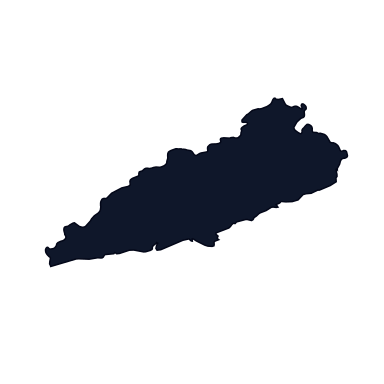 Asturias, Natural Earth projection, rotated 159°
{"feature_id": "ESP-5805", "entity_name": "Asturias", "entity_type": "Autonomous Community", "adm_level": 1, "iso_a3": "ESP", "parent_name": "Spain", "parent_adm1": "", "projection": "natural_earth1", "projection_center": [-6.051, 43.278], "detail": "fine", "context": "isolated", "style": "filled", "palette": "ink", "viewbox_px": 384, "rotation_deg": 159, "n_neighbors": 0, "source": "natural_earth", "source_scale": "10m", "svg_char_len": 4683}
<svg xmlns="http://www.w3.org/2000/svg" viewBox="0 0 384 384"><g transform="rotate(159 192 192)"><path d="M48.3,160.9L48.5,161.6L49.3,161.6L50.0,159.2L50.3,156.7L51.0,154.6L52.6,153.5L53.7,149.9L60.6,148.5L72.3,148.1L74.1,148.7L81.2,148.1L86.1,149.5L89.2,149.8L95.8,146.6L101.9,147.1L108.0,149.2L112.3,151.3L113.6,150.5L114.9,150.2L118.0,150.2L117.7,149.5L117.4,147.8L117.2,147.1L118.9,147.4L121.7,148.9L123.4,149.3L129.5,148.1L135.7,148.1L137.4,147.8L140.5,146.5L143.4,145.8L144.1,145.0L145.0,144.3L146.6,144.0L150.4,146.6L151.9,147.1L161.2,148.1L163.0,147.1L164.9,148.0L166.7,147.2L168.5,146.0L170.4,145.2L184.2,145.2L184.8,143.8L184.1,142.7L183.5,141.5L185.0,139.9L184.8,139.4L184.5,138.3L184.2,137.9L188.1,137.9L189.5,137.2L190.0,135.3L190.8,133.9L192.7,134.0L196.6,135.8L199.1,137.8L205.7,145.0L207.9,148.1L208.7,148.1L209.3,146.0L210.3,146.6L211.7,149.3L217.8,150.2L241.9,149.3L245.5,150.2L245.9,152.3L244.3,154.7L242.3,156.5L243.1,157.5L244.3,156.8L246.8,156.0L248.1,155.4L248.9,154.5L249.3,153.4L249.9,152.7L251.7,152.4L256.7,152.8L258.6,153.4L267.2,158.7L271.3,160.1L281.6,160.6L284.4,161.3L285.7,163.2L287.1,162.4L295.5,164.7L296.5,164.4L298.2,163.0L299.6,162.7L300.8,163.1L303.6,164.4L312.0,166.1L321.8,170.3L324.2,171.0L350.6,173.1L350.5,174.1L350.7,175.9L349.7,178.0L348.2,180.4L347.8,181.4L348.1,182.3L348.6,182.9L349.7,185.6L350.1,187.7L349.9,189.2L349.5,190.5L348.8,191.4L347.9,192.1L347.0,192.3L346.3,191.8L345.6,190.1L344.8,189.5L342.6,189.0L341.3,188.9L340.1,189.1L338.3,190.2L337.5,191.0L337.0,191.9L336.4,192.3L335.3,192.8L332.8,193.0L331.6,193.0L330.5,192.8L329.3,192.9L328.1,193.2L326.6,194.0L325.9,194.9L325.7,195.9L326.0,198.0L325.7,199.0L325.6,200.0L325.5,201.2L325.2,202.6L324.4,204.2L323.4,204.9L322.3,204.9L320.1,204.5L318.9,204.7L317.8,205.1L314.2,205.6L312.8,205.4L309.5,200.2L307.1,198.4L306.0,198.1L304.8,197.9L303.6,198.1L297.3,201.3L295.4,202.9L291.7,204.8L287.2,205.9L285.2,206.9L284.1,207.9L282.9,210.0L282.4,211.0L282.2,212.1L281.3,214.5L280.4,215.9L278.6,217.5L277.2,217.7L276.0,217.4L274.8,216.7L273.7,216.8L267.4,219.7L256.0,221.0L249.6,220.1L248.0,220.4L247.0,221.0L246.1,224.3L245.1,225.4L244.0,225.8L242.7,226.1L236.2,226.2L235.5,226.9L235.2,227.9L234.7,228.8L234.1,229.6L233.1,229.7L230.9,229.5L228.1,230.6L226.8,230.7L225.6,230.4L224.5,229.9L223.5,229.2L220.9,228.7L219.2,228.7L216.6,228.2L213.2,226.6L211.5,226.4L208.5,226.5L206.7,227.1L205.5,227.8L204.9,228.7L204.5,229.6L203.8,230.6L203.0,231.5L202.5,232.4L202.1,233.3L202.0,233.7L201.9,234.1L201.6,234.9L201.2,235.8L200.7,236.7L199.7,237.7L198.4,238.1L196.5,238.3L191.8,238.2L190.6,237.8L189.6,237.2L186.5,236.1L185.9,235.4L184.6,235.0L182.9,234.1L181.5,232.9L178.6,231.2L177.9,230.4L177.4,229.4L177.1,228.3L176.6,226.1L176.0,225.2L174.7,224.5L171.2,225.2L169.6,225.2L163.7,224.1L162.6,224.5L162.3,225.4L162.1,226.4L161.7,227.6L161.0,228.6L158.6,229.7L157.0,229.8L155.5,229.4L152.2,228.2L149.3,227.7L147.7,228.0L147.0,228.8L146.7,230.9L146.1,231.6L145.2,231.7L142.9,231.2L137.6,228.8L136.1,228.8L133.8,228.2L132.8,227.3L131.7,226.6L129.6,226.1L126.2,227.5L125.5,228.6L125.1,229.6L124.3,230.6L123.7,231.4L123.6,232.3L123.6,233.2L123.1,233.8L122.2,234.3L119.7,235.0L116.3,235.1L115.7,235.7L115.6,236.6L116.2,237.4L117.2,238.0L119.3,238.7L120.1,239.3L120.0,240.3L119.5,241.3L113.2,244.5L111.5,244.7L107.2,246.3L105.9,246.5L100.4,246.0L99.6,245.5L98.7,245.2L97.1,244.9L91.5,244.9L89.3,245.3L87.1,245.9L85.9,246.7L84.9,247.6L84.1,248.5L83.2,249.4L81.8,250.1L80.9,249.9L80.2,248.4L78.0,247.4L74.1,246.8L73.5,241.1L73.1,239.5L72.0,238.2L69.3,235.6L68.2,235.2L66.0,235.3L64.8,235.1L63.9,234.7L62.9,233.9L62.6,233.5L60.1,230.2L59.4,230.1L59.1,230.3L59.1,233.2L59.0,233.7L58.8,233.9L58.6,234.2L58.1,234.6L57.6,234.8L56.5,234.2L55.6,232.7L55.0,231.0L55.3,229.3L56.0,228.4L57.0,228.1L58.0,227.5L58.6,226.4L59.0,224.9L59.3,223.9L59.7,223.0L60.2,222.3L60.9,221.9L61.7,221.7L62.9,221.8L64.0,221.7L68.3,220.0L69.3,219.5L73.8,215.8L74.0,214.5L73.7,212.8L71.9,209.9L70.7,208.4L69.7,207.4L68.8,207.5L68.0,208.2L67.5,209.0L67.3,210.0L66.7,210.8L65.8,211.4L64.7,211.8L62.4,213.1L60.4,213.9L59.4,213.6L58.5,212.9L57.8,212.1L57.1,211.0L56.8,209.9L56.9,208.4L57.8,206.2L57.8,205.3L57.8,204.5L57.1,204.0L56.1,203.7L54.2,202.8L52.9,201.2L52.1,201.1L51.2,200.9L48.5,198.9L47.6,198.1L46.9,197.0L46.2,195.4L45.2,189.0L44.4,188.2L43.4,187.6L42.4,187.3L40.8,185.8L40.0,184.6L39.2,183.1L38.9,181.4L38.8,180.0L38.8,178.8L38.7,177.7L38.3,176.8L37.5,176.3L35.5,176.4L33.9,175.6L33.5,174.9L33.3,174.1L33.7,171.0L33.9,170.0L34.6,169.2L36.1,168.8L37.4,168.8L38.6,169.2L39.5,169.2L40.4,169.1L41.3,168.6L42.5,167.5L44.2,165.1L47.8,162.0L48.0,161.8L48.3,160.9Z" fill="#0f172a" stroke="#020617" stroke-width="1.5"/></g></svg>